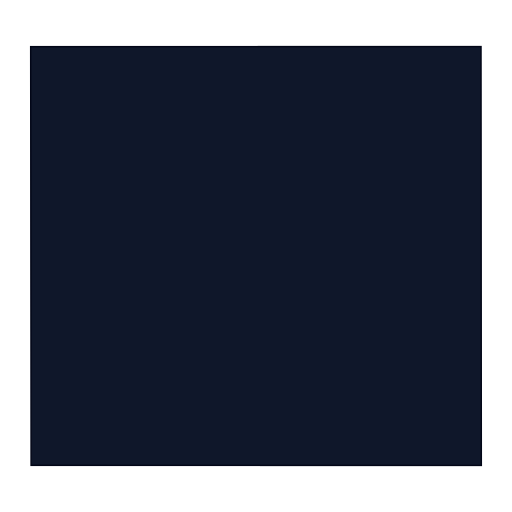 the district of Fillmore, Nebraska, United States of America
{"feature_id": "52423323B66815680404806", "entity_name": "Fillmore", "entity_type": "district", "adm_level": 2, "iso_a3": "USA", "parent_name": "United States of America", "parent_adm1": "Nebraska", "projection": "robinson", "projection_center": [-97.672, 40.525], "detail": "fine", "context": "isolated", "style": "filled", "palette": "ink", "viewbox_px": 512, "rotation_deg": 0, "n_neighbors": 0, "source": "geoboundaries", "source_scale": "gbopen_adm2", "svg_char_len": 197}
<svg xmlns="http://www.w3.org/2000/svg" viewBox="0 0 512 512"><path d="M30.7,46.7L31.1,465.3L34.3,465.3L481.3,465.4L481.0,46.6L30.7,46.7Z" fill="#0f172a" stroke="#020617" stroke-width="1.5"/></svg>